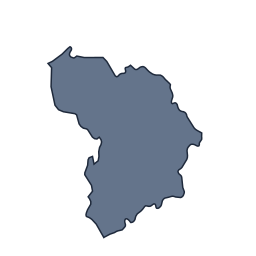 SVG path tracing the border of Eure, rotated 251°
{"feature_id": "FRA-5290", "entity_name": "Eure", "entity_type": "Metropolitan department", "adm_level": 1, "iso_a3": "FRA", "parent_name": "France", "parent_adm1": "", "projection": "equal_earth", "projection_center": [0.916, 49.079], "detail": "fine", "context": "isolated", "style": "filled", "palette": "slate", "viewbox_px": 256, "rotation_deg": 251, "n_neighbors": 0, "source": "natural_earth", "source_scale": "10m", "svg_char_len": 2888}
<svg xmlns="http://www.w3.org/2000/svg" viewBox="0 0 256 256"><g transform="rotate(251 128 128)"><path d="M32.3,69.5L47.4,66.7L53.3,64.1L55.8,62.3L57.9,59.9L59.0,59.9L59.8,60.1L61.4,61.1L63.9,63.2L68.1,68.0L70.6,68.9L73.6,68.6L75.9,67.9L79.8,73.9L85.7,74.8L97.9,71.9L99.7,72.6L105.9,77.7L110.9,79.9L112.5,81.5L112.7,85.2L104.9,84.1L106.7,89.1L110.6,91.3L115.1,92.6L118.9,94.8L121.1,97.1L123.4,98.5L125.8,98.7L128.7,97.8L127.7,95.1L128.8,92.9L131.0,91.4L139.3,89.4L140.6,88.6L142.4,85.7L144.9,84.0L147.8,83.1L157.2,83.7L158.8,82.5L164.4,72.2L167.9,68.3L173.3,66.4L192.1,68.7L209.9,75.4L215.1,73.4L215.6,78.1L219.3,89.8L222.8,97.0L223.7,99.6L223.5,99.8L223.3,100.0L222.6,100.4L221.7,100.5L220.8,100.2L220.3,99.9L220.1,99.7L218.5,97.8L217.5,97.0L216.2,96.4L214.8,96.6L213.6,97.2L211.9,99.4L211.8,99.8L212.0,100.9L212.7,103.0L208.9,109.5L202.8,127.3L197.8,129.6L181.4,132.9L180.2,133.9L180.1,135.0L181.3,137.3L181.6,138.4L181.6,139.4L181.6,140.0L181.2,141.3L181.0,142.2L181.1,143.2L181.8,144.0L182.8,144.4L184.1,144.5L185.2,144.7L185.9,145.3L185.8,146.6L185.7,147.8L185.9,148.8L186.5,150.8L181.3,153.6L180.7,154.5L180.4,155.8L181.5,159.3L181.5,160.6L181.2,162.2L180.3,163.3L179.1,164.1L176.1,165.4L174.0,166.5L171.0,168.8L169.7,170.4L168.8,172.0L168.3,173.6L167.4,175.9L166.1,177.1L164.8,177.9L161.7,179.1L156.3,181.9L155.6,182.1L155.1,182.2L154.9,182.1L153.7,181.4L152.6,181.0L151.2,180.8L146.7,181.2L145.3,181.1L144.0,180.9L142.8,180.4L139.3,177.8L137.7,177.3L137.0,177.5L136.5,178.1L136.6,180.2L136.3,181.1L135.5,181.7L134.6,182.0L134.3,182.1L134.0,182.1L131.4,181.9L129.8,182.0L128.0,182.5L126.9,183.4L126.0,184.5L125.4,185.7L124.2,186.9L122.9,187.5L121.5,187.7L120.2,187.5L118.9,187.6L106.6,190.5L104.9,191.3L103.5,192.3L99.3,196.1L95.9,194.8L94.6,194.5L93.2,193.9L91.3,191.4L90.5,190.5L89.0,190.0L88.1,189.3L88.1,188.2L88.9,187.1L90.0,186.1L90.9,185.1L91.5,184.1L91.8,183.2L92.0,182.2L92.0,181.9L91.5,180.7L90.4,178.8L89.7,177.9L88.8,177.2L87.3,176.4L82.6,175.3L80.7,174.5L79.1,173.3L73.2,166.2L72.6,165.0L72.2,163.8L72.0,162.7L71.4,161.7L70.4,161.0L68.4,161.1L66.1,162.4L65.0,162.8L63.7,162.7L53.8,160.4L50.8,160.5L49.5,160.5L48.4,160.1L46.5,158.6L45.8,157.8L45.2,156.4L45.1,155.2L47.3,150.5L47.9,149.8L48.7,148.6L49.1,147.6L49.2,146.5L49.3,144.2L49.5,142.0L49.7,140.7L49.7,140.3L49.6,139.4L49.1,138.2L48.0,136.8L44.4,134.5L43.5,133.6L42.9,132.5L42.4,131.3L42.3,130.1L42.9,128.9L43.9,128.7L46.1,129.0L47.1,128.8L47.6,128.3L47.8,127.6L47.6,126.5L47.0,124.9L46.8,123.4L47.3,121.8L48.1,120.6L48.7,119.4L48.4,118.3L46.3,115.2L45.2,113.0L43.8,108.8L42.1,106.7L40.7,105.7L39.5,105.0L38.6,104.1L37.9,103.0L37.5,101.8L37.6,100.5L37.7,99.9L38.1,99.7L39.9,99.1L41.1,98.5L42.2,97.7L42.8,96.7L42.6,95.7L41.4,94.7L40.1,94.3L37.4,94.1L36.2,93.6L35.3,92.5L33.6,89.4L33.7,87.8L34.0,85.2L34.0,83.6L33.5,81.1L33.5,76.4L32.5,70.0L32.3,69.5Z" fill="#64748b" stroke="#1e293b" stroke-width="1.5"/></g></svg>